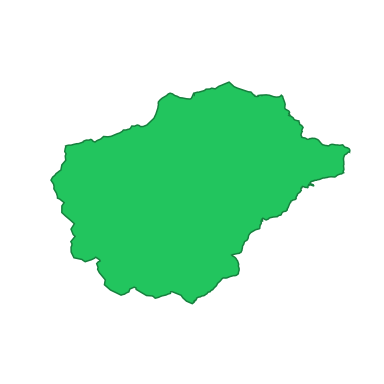 outline of Poienile De Sub Munte, Maramures, Romania, rotated 199°
{"feature_id": "2599482B77495367357809", "entity_name": "Poienile De Sub Munte", "entity_type": "district", "adm_level": 2, "iso_a3": "ROU", "parent_name": "Romania", "parent_adm1": "Maramures", "projection": "natural_earth1", "projection_center": [24.455, 47.867], "detail": "fine", "context": "isolated", "style": "filled", "palette": "green", "viewbox_px": 384, "rotation_deg": 199, "n_neighbors": 0, "source": "geoboundaries", "source_scale": "gbopen_adm2", "svg_char_len": 5893}
<svg xmlns="http://www.w3.org/2000/svg" viewBox="0 0 384 384"><g transform="rotate(199 192 192)"><path d="M69.6,283.9L71.4,283.3L74.4,282.9L75.3,282.6L76.7,281.7L77.5,280.4L78.3,279.9L79.5,279.8L81.6,279.3L82.5,279.4L83.8,279.2L85.5,279.9L89.3,282.2L90.5,282.5L93.2,282.7L94.4,282.4L94.9,282.1L95.9,282.0L97.0,281.2L97.9,280.9L98.8,279.9L99.6,279.5L100.6,279.4L101.5,279.7L103.0,279.9L103.8,279.6L106.1,279.5L106.4,280.3L107.0,280.7L107.6,281.6L107.7,284.3L107.6,284.7L107.4,285.0L108.3,286.0L108.2,288.2L108.0,288.8L108.0,289.2L108.2,289.4L109.7,290.3L109.9,290.6L112.0,290.9L112.3,291.2L113.1,292.6L113.9,293.4L114.1,294.0L115.0,293.8L117.6,293.6L118.8,293.7L119.4,294.0L120.2,294.9L121.2,295.3L123.9,296.1L124.2,296.1L124.6,295.8L124.9,295.8L125.4,296.0L124.7,296.7L124.7,296.9L125.3,297.3L126.0,297.6L126.0,297.9L125.6,298.4L125.6,298.7L125.7,299.1L126.1,299.5L126.9,300.1L130.3,300.7L131.3,301.1L131.8,302.1L132.5,305.3L133.6,306.9L136.0,309.9L136.3,310.1L136.9,311.1L137.3,311.5L137.4,311.9L139.1,312.6L139.3,312.0L139.5,311.5L140.6,310.3L143.1,309.2L145.8,308.7L150.2,308.7L153.4,308.0L157.4,306.4L156.7,305.7L157.9,306.1L158.5,306.0L160.8,304.8L161.0,304.7L160.9,304.4L160.6,304.0L160.9,303.8L162.0,303.3L163.8,303.0L164.2,303.3L164.2,303.8L165.5,303.9L168.8,305.7L171.4,305.1L182.8,305.0L186.5,305.3L192.7,308.0L201.1,300.6L203.6,297.1L207.2,296.6L208.8,295.1L212.2,293.8L213.3,292.0L214.5,291.1L218.7,288.2L219.3,288.2L221.9,286.4L222.0,286.2L221.6,284.8L222.6,285.5L222.9,281.7L223.2,280.2L224.0,279.3L227.4,278.4L231.8,277.8L234.3,277.2L237.3,277.7L239.6,277.6L242.4,278.4L244.9,278.3L246.4,276.9L247.5,274.8L250.7,271.1L252.1,268.8L253.1,266.2L252.7,264.6L252.3,264.0L252.1,263.4L252.0,262.2L251.6,260.4L251.5,253.7L251.7,252.2L252.0,249.3L256.5,240.6L259.5,238.0L261.9,237.1L263.9,237.7L265.6,237.5L267.8,235.5L270.4,234.8L270.9,232.4L271.3,231.6L271.8,231.0L273.3,230.2L273.9,229.6L275.1,228.9L277.0,228.3L277.2,228.0L277.6,226.7L279.7,224.2L281.6,222.8L286.6,218.3L289.5,216.8L293.7,215.7L295.4,212.6L296.0,211.9L297.8,210.4L298.7,209.5L300.0,207.6L302.4,207.8L302.7,208.2L303.1,208.4L304.1,208.8L305.2,208.6L305.7,207.9L306.6,207.4L308.7,206.7L309.8,205.9L311.0,204.8L311.3,204.4L311.2,203.8L315.0,200.8L316.6,200.2L319.7,198.3L321.6,196.9L323.9,196.1L325.6,195.1L326.5,194.3L326.2,193.9L325.9,192.8L326.1,192.4L325.5,188.8L323.5,187.1L323.6,184.8L321.7,180.9L323.9,175.3L323.1,170.0L324.6,168.1L325.3,166.9L326.5,165.2L327.1,163.1L328.6,160.7L329.2,157.3L325.5,154.4L324.3,152.5L323.6,150.0L319.8,146.8L317.8,144.0L317.2,142.4L314.9,142.3L309.4,140.3L310.5,136.5L308.4,130.2L304.0,128.2L298.0,125.9L292.9,123.7L294.3,117.5L290.5,113.1L288.1,112.0L290.4,105.6L288.7,104.1L288.2,102.3L288.4,100.5L286.7,95.9L282.2,91.4L274.0,92.4L272.8,91.9L270.3,91.3L265.0,95.3L262.7,97.6L261.8,99.0L257.3,97.8L256.4,96.9L258.0,95.3L258.8,93.2L256.3,90.2L256.1,88.2L253.4,85.6L245.4,80.7L244.6,75.8L237.2,72.8L225.5,71.4L224.5,72.2L222.5,73.5L221.2,75.2L219.2,77.0L219.2,80.0L215.7,83.2L213.8,83.1L213.1,81.7L201.3,79.3L195.8,80.8L194.5,80.6L192.5,79.7L192.0,79.7L189.2,81.6L188.0,82.8L186.7,83.9L183.1,86.1L181.3,87.8L179.4,89.1L179.7,90.7L178.4,91.3L168.7,90.8L166.1,88.9L161.7,87.0L155.4,86.5L154.6,87.7L154.5,89.0L154.2,89.5L154.4,90.0L153.8,90.5L153.7,90.2L153.5,91.0L153.3,91.3L153.1,91.2L152.9,92.1L153.0,92.9L153.0,93.2L151.8,94.6L149.8,95.7L149.4,96.3L148.8,96.9L147.1,97.8L146.4,98.4L145.9,99.4L144.8,100.6L144.2,102.5L142.4,103.6L142.2,104.5L141.6,105.5L141.1,106.1L140.7,106.2L139.7,108.9L138.8,110.5L138.4,111.4L138.1,113.9L136.3,117.1L135.2,120.1L134.2,121.1L132.7,121.4L131.1,122.1L128.5,124.4L125.4,126.5L124.3,126.8L123.0,127.6L121.7,129.5L121.6,130.0L121.9,131.0L122.0,133.4L122.6,135.1L124.1,137.1L124.1,137.6L124.3,138.0L124.3,138.7L124.5,139.1L126.6,141.8L127.6,142.4L128.8,143.5L130.5,144.3L133.0,144.8L133.9,145.3L132.9,146.2L129.0,148.6L127.3,149.4L127.1,149.7L126.8,150.3L126.2,150.7L126.0,151.2L125.9,152.4L125.8,153.4L126.0,153.9L126.1,155.1L126.6,157.6L126.1,159.1L126.2,162.0L125.7,162.8L124.5,164.1L124.1,164.9L123.9,166.7L124.3,169.1L124.2,170.0L123.8,171.4L123.2,172.8L119.6,177.0L116.5,179.1L116.2,179.5L116.1,179.8L116.5,181.0L116.6,182.1L116.9,183.0L116.5,183.4L116.3,185.2L117.3,187.0L117.2,187.2L116.7,187.5L115.9,187.5L116.3,188.7L117.1,189.0L116.6,189.6L116.6,190.1L115.7,190.3L114.4,189.8L112.8,189.7L111.2,191.1L110.7,191.9L110.5,192.5L109.9,193.0L107.0,194.8L103.2,196.5L102.9,197.0L102.6,197.8L101.8,198.4L100.8,198.9L100.2,199.6L100.3,200.8L100.0,201.9L99.3,203.0L99.1,203.3L97.3,204.2L96.7,204.8L96.5,205.6L96.1,206.0L96.5,207.3L96.1,208.2L95.9,212.6L95.8,213.4L95.3,214.2L95.6,215.4L94.9,216.0L94.0,217.2L92.0,218.5L91.4,219.5L91.5,219.7L91.5,220.1L91.8,220.4L91.9,220.9L91.6,222.9L91.4,223.3L91.6,224.3L91.1,225.3L90.2,226.5L90.1,227.1L89.7,227.3L89.6,228.1L89.2,229.0L89.6,229.5L90.2,230.8L90.2,231.0L89.6,231.4L89.8,232.0L89.4,232.4L89.4,233.2L87.6,233.4L86.4,233.2L85.8,233.6L84.1,233.7L83.9,234.0L84.3,234.3L84.2,235.4L83.5,236.2L83.7,236.6L84.1,236.8L84.1,237.1L81.5,237.3L81.4,237.3L81.7,237.6L81.4,237.8L80.0,237.7L79.3,237.3L79.1,237.5L79.8,237.9L79.8,238.3L83.1,238.4L83.1,239.1L83.3,239.3L83.0,239.7L83.0,240.3L82.7,240.4L82.4,241.0L81.6,241.4L80.9,242.2L80.5,242.1L80.5,242.4L80.0,242.9L78.2,243.6L77.7,244.0L77.2,244.6L76.1,245.0L75.0,245.8L72.8,247.8L71.1,248.5L69.8,249.4L69.2,249.5L67.4,250.9L66.6,251.1L65.8,251.6L61.8,252.7L61.0,253.6L60.5,254.6L59.6,255.7L57.8,257.2L56.3,257.9L55.9,258.8L54.8,259.6L55.0,260.0L55.6,260.3L55.9,261.3L55.6,262.3L55.8,263.0L57.1,265.7L57.4,266.7L57.4,267.7L58.0,268.9L58.2,269.7L59.4,272.1L59.4,272.6L59.8,273.2L59.8,275.5L59.9,275.9L59.7,276.8L58.2,278.5L57.9,279.3L57.3,280.4L56.5,281.1L56.1,281.0L56.3,281.5L56.1,281.8L56.1,282.2L56.6,283.2L57.5,284.0L59.4,284.4L62.1,284.2L62.9,284.5L64.5,285.5L65.0,285.6L67.7,284.2L69.6,283.9Z" fill="#22c55e" stroke="#15803d" stroke-width="1.5"/></g></svg>